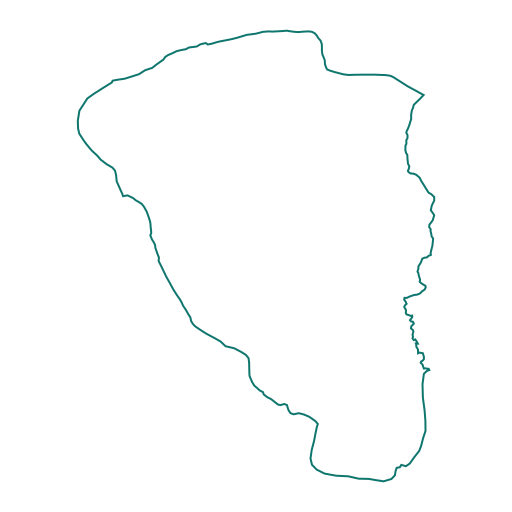 Ban Lung, Rôtânôkiri, Cambodia
{"feature_id": "14789045B59370140697229", "entity_name": "Ban Lung", "entity_type": "district", "adm_level": 2, "iso_a3": "KHM", "parent_name": "Cambodia", "parent_adm1": "Rôtânôkiri", "projection": "albers", "projection_center": [107.039, 13.672], "detail": "fine", "context": "isolated", "style": "outline", "palette": "teal", "viewbox_px": 512, "rotation_deg": 0, "n_neighbors": 0, "source": "geoboundaries", "source_scale": "gbopen_adm2", "svg_char_len": 4066}
<svg xmlns="http://www.w3.org/2000/svg" viewBox="0 0 512 512"><path d="M423.6,95.0L418.7,92.3L407.5,86.2L399.4,81.0L393.1,77.0L390.0,75.7L385.8,75.1L375.5,74.7L360.5,74.7L353.1,74.8L348.6,75.0L343.3,74.3L334.8,72.1L329.9,70.6L327.1,69.4L326.1,67.5L325.0,64.2L324.7,60.1L323.7,57.5L322.4,54.5L321.9,50.5L321.9,47.0L321.8,44.0L320.5,40.5L318.5,38.4L316.8,35.6L314.8,33.3L311.9,31.8L308.5,31.4L303.9,31.6L298.3,32.1L294.2,31.8L289.7,31.2L287.0,30.7L281.5,31.1L277.9,31.3L272.2,31.6L269.0,31.4L263.1,31.8L255.8,33.7L250.3,34.4L246.6,34.9L242.3,36.2L237.0,37.8L231.8,39.1L225.8,40.3L220.0,41.4L217.1,42.1L215.6,42.5L211.8,43.7L207.8,44.5L205.9,43.1L203.7,43.5L200.2,44.4L196.8,46.5L193.8,46.9L189.0,47.5L185.6,49.3L183.0,49.7L180.1,50.3L176.5,51.2L172.3,53.3L168.2,55.0L165.2,57.0L163.4,59.6L160.7,61.5L156.5,64.5L152.2,67.9L145.2,70.2L139.0,74.2L130.8,76.8L124.7,78.7L116.6,79.9L112.6,80.7L111.8,82.5L102.8,88.1L93.7,93.9L87.3,98.5L79.4,110.7L77.8,120.8L78.1,128.6L79.3,133.7L81.9,137.7L83.4,140.0L85.8,143.4L89.9,148.4L92.1,150.9L96.9,155.3L98.7,157.3L100.6,159.6L106.8,164.3L112.4,167.6L115.0,170.6L116.1,175.2L116.7,181.4L122.2,193.7L123.1,196.2L127.4,195.4L130.5,196.8L133.3,198.2L135.9,200.4L138.8,202.0L141.7,203.9L143.9,206.6L145.2,209.0L146.6,211.4L147.8,214.7L149.0,218.0L150.2,222.0L150.5,224.4L150.7,227.4L151.1,230.7L151.2,233.3L150.3,235.2L151.3,237.8L151.9,239.3L153.6,242.0L155.0,244.8L155.4,247.9L156.3,250.5L157.8,254.8L158.9,257.4L158.8,259.2L158.6,260.9L159.5,262.8L161.7,267.1L166.1,276.4L169.2,281.9L173.4,289.6L177.1,295.4L179.9,299.3L181.4,302.0L183.2,305.9L185.9,309.9L188.3,314.2L190.3,317.3L191.2,321.2L192.8,323.8L195.0,326.2L199.2,329.1L201.6,330.7L206.0,333.5L216.4,339.1L220.7,341.6L225.5,346.2L234.3,348.3L241.3,352.0L245.9,354.9L248.5,358.1L249.1,362.2L249.4,374.2L249.6,376.1L252.0,381.8L254.2,385.5L257.3,388.2L259.8,390.5L262.9,392.1L263.8,394.5L267.3,397.2L271.1,399.1L273.1,400.7L276.0,403.0L278.1,404.6L280.4,405.1L284.3,404.0L286.9,405.0L288.4,409.9L290.4,413.1L293.6,414.3L298.8,413.2L303.9,414.5L309.3,416.8L315.5,421.2L317.8,424.0L316.8,427.2L315.5,433.4L314.1,440.8L311.7,450.0L310.5,458.5L311.2,461.5L312.0,464.8L316.7,469.6L324.6,473.6L332.8,475.1L336.2,475.7L348.2,476.3L358.8,478.7L368.8,478.9L375.7,480.1L383.6,481.3L391.4,479.0L394.9,475.3L395.5,471.4L396.7,467.8L399.8,467.3L401.3,464.9L405.9,466.2L409.8,463.5L414.1,457.4L419.2,450.9L421.1,446.0L423.1,438.2L425.5,430.9L425.4,421.0L424.6,410.5L422.9,397.8L422.5,384.2L423.9,373.8L426.7,371.0L429.3,370.1L428.7,368.8L426.9,368.7L425.5,368.3L423.8,368.5L422.5,364.6L420.7,362.7L421.1,361.5L422.5,360.8L423.9,359.2L423.9,356.7L422.8,353.2L419.5,352.6L418.1,353.3L418.0,351.0L417.9,349.3L416.3,346.7L416.3,344.9L415.9,343.5L417.8,343.6L416.7,341.5L415.2,339.4L413.8,340.1L412.5,338.4L413.0,336.5L412.5,334.8L413.4,331.6L413.0,330.2L410.9,328.3L411.3,326.3L413.8,323.7L413.0,321.8L411.0,321.4L410.0,320.1L411.2,318.7L412.3,316.9L412.2,315.6L410.6,315.9L408.9,315.1L406.7,314.5L405.8,313.2L406.0,310.1L404.2,306.9L404.8,305.5L406.6,303.8L405.6,301.6L404.2,299.7L404.5,297.9L406.8,297.9L409.7,296.5L414.1,295.0L417.3,294.6L420.1,293.4L421.7,291.6L424.6,289.6L425.7,287.5L425.5,285.9L421.6,283.5L419.7,281.8L420.1,279.6L418.9,276.0L418.3,272.9L417.5,271.7L418.4,268.5L418.4,266.4L420.7,262.8L421.8,260.1L422.3,258.7L424.5,257.7L426.9,257.4L428.5,255.9L430.9,254.9L430.6,253.0L431.7,248.4L432.4,245.8L432.9,241.2L433.1,238.5L431.7,236.5L431.1,233.3L430.5,231.0L430.7,229.4L429.2,227.1L429.4,224.6L431.2,222.4L432.8,220.1L434.2,215.2L432.3,212.3L430.8,210.3L431.7,205.9L432.6,203.8L434.2,200.6L434.2,197.0L431.3,194.2L428.6,192.7L425.7,188.1L423.5,184.5L421.2,180.9L419.7,177.8L416.3,174.8L413.6,173.7L410.4,173.4L408.5,172.0L407.9,170.8L408.8,168.8L409.3,166.3L408.0,163.7L407.5,159.0L407.3,154.9L406.2,153.2L405.3,150.1L405.5,145.5L406.4,143.8L406.3,140.3L407.5,138.0L407.5,135.1L406.3,132.7L406.8,130.8L407.7,129.2L409.1,125.7L409.9,123.1L411.2,118.9L411.1,115.2L411.8,110.7L413.0,107.8L413.8,104.8L419.9,98.9L423.6,95.0Z" fill="none" stroke="#0f766e" stroke-width="2"/></svg>